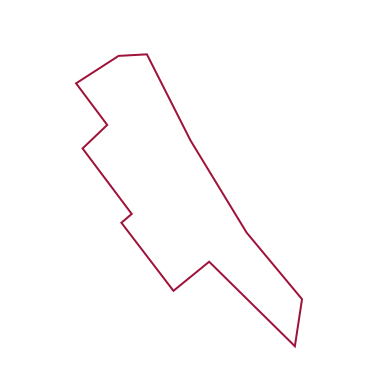 the district of Yangiyul city, Tashkent, Uzbekistan, rotated 106°
{"feature_id": "79887680B38656408263459", "entity_name": "Yangiyul city", "entity_type": "district", "adm_level": 2, "iso_a3": "UZB", "parent_name": "Uzbekistan", "parent_adm1": "Tashkent", "projection": "orthographic", "projection_center": [69.026, 41.087], "detail": "fine", "context": "isolated", "style": "outline", "palette": "rose", "viewbox_px": 384, "rotation_deg": 106, "n_neighbors": 0, "source": "geoboundaries", "source_scale": "gbopen_adm2", "svg_char_len": 330}
<svg xmlns="http://www.w3.org/2000/svg" viewBox="0 0 384 384"><g transform="rotate(106 192 192)"><path d="M292.1,182.6L254.3,156.3L311.9,50.6L264.7,56.7L216.0,128.3L143.0,207.5L72.1,273.3L81.4,300.1L119.5,333.4L150.9,292.0L180.3,309.2L229.7,243.9L241.0,251.4L292.1,182.6Z" fill="none" stroke="#9f1239" stroke-width="2"/></g></svg>